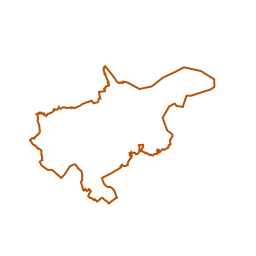 Rindal nor, Møre og Romsdal, Norway (Mercator projection), rotated 252°
{"feature_id": "86288312B78124054872734", "entity_name": "Rindal nor", "entity_type": "district", "adm_level": 2, "iso_a3": "NOR", "parent_name": "Norway", "parent_adm1": "Møre og Romsdal", "projection": "mercator", "projection_center": [9.312, 63.003], "detail": "fine", "context": "isolated", "style": "outline", "palette": "amber", "viewbox_px": 256, "rotation_deg": 252, "n_neighbors": 0, "source": "geoboundaries", "source_scale": "gbopen_adm2", "svg_char_len": 5519}
<svg xmlns="http://www.w3.org/2000/svg" viewBox="0 0 256 256"><g transform="rotate(252 128 128)"><path d="M146.9,31.0L142.5,32.3L142.2,32.3L140.6,33.4L140.4,34.1L140.2,34.2L139.3,34.5L138.9,34.8L138.5,34.9L137.7,35.4L137.1,35.5L136.7,35.8L136.3,35.8L136.1,36.4L136.1,36.5L135.9,36.8L134.5,37.7L134.4,37.8L134.4,38.1L133.1,38.7L131.4,38.0L128.6,37.3L128.1,37.4L123.8,36.5L123.9,35.0L123.0,33.6L119.0,34.3L113.1,38.6L111.6,42.9L101.1,49.1L103.1,52.9L109.5,60.9L110.0,64.1L109.9,66.4L105.0,68.3L104.9,68.1L102.3,69.8L101.5,70.0L101.0,70.4L97.3,69.9L92.2,68.0L91.6,66.6L90.7,66.5L85.9,66.5L84.6,66.4L83.4,66.1L82.1,66.7L83.2,68.7L81.7,69.2L81.1,69.2L81.2,69.5L80.9,70.0L81.0,70.2L80.9,70.5L81.0,71.0L81.8,71.6L82.0,71.9L79.3,73.2L78.7,72.3L78.2,71.9L77.6,70.8L76.4,70.0L75.7,69.1L73.9,69.7L73.3,70.3L73.1,71.2L72.7,71.6L69.8,73.4L70.2,74.3L70.4,74.6L67.5,75.9L69.8,81.5L69.4,82.1L68.2,82.8L67.4,83.1L64.9,85.2L62.2,86.4L64.8,93.9L65.1,96.0L66.7,95.7L70.7,95.8L71.7,95.6L73.6,95.4L75.7,94.3L77.4,92.9L77.8,91.5L77.9,90.8L79.0,89.7L80.5,88.8L81.9,88.1L85.0,87.7L88.1,87.8L88.5,87.7L90.1,98.0L90.9,101.5L91.3,103.0L91.8,105.8L92.7,108.8L92.8,109.3L94.0,109.2L94.1,109.7L94.2,109.8L94.5,110.3L94.9,111.1L93.9,111.4L93.6,111.6L93.0,112.7L92.7,113.5L92.6,114.2L92.6,114.6L92.9,115.5L92.8,116.2L93.5,116.5L94.1,116.5L94.3,116.7L94.3,116.8L94.5,116.9L96.6,118.5L97.6,120.0L98.5,121.5L98.5,121.9L98.7,122.0L102.0,121.3L103.7,121.8L103.5,122.6L103.4,122.7L102.0,122.2L99.9,122.6L100.3,123.1L101.8,122.8L102.1,122.9L102.4,123.1L103.0,123.0L103.3,123.1L103.3,123.4L103.3,123.5L103.8,123.7L103.3,123.9L103.1,124.1L103.1,124.8L102.8,125.0L102.9,125.4L102.6,125.8L102.6,126.0L102.6,126.3L102.3,126.4L102.3,126.6L102.1,127.0L101.1,127.2L100.6,127.6L100.3,128.5L100.5,129.3L100.8,129.9L101.8,131.0L102.0,131.3L102.0,131.7L103.2,131.8L106.0,133.0L108.3,133.0L107.4,137.1L106.0,136.9L105.5,136.7L105.4,136.3L104.8,135.8L104.7,135.5L104.5,135.2L104.2,135.0L103.7,134.9L103.1,134.3L102.8,133.6L102.5,133.1L102.2,133.0L102.1,133.3L101.6,133.8L101.2,134.4L100.9,134.9L100.5,135.1L100.1,135.8L99.6,136.4L98.4,136.7L98.3,137.0L98.3,137.4L98.3,137.9L98.2,138.2L98.2,138.3L98.1,138.5L97.4,138.9L97.0,139.3L96.5,139.6L95.7,139.8L95.6,140.2L95.4,140.6L95.6,141.3L95.2,141.5L95.2,141.8L95.1,142.1L94.6,142.4L94.1,143.1L94.1,143.3L94.8,144.2L94.9,144.4L94.9,144.8L95.2,145.2L95.1,145.6L94.8,146.0L94.4,146.7L94.4,147.4L94.6,147.9L97.7,148.9L98.4,149.4L97.7,150.5L96.4,149.7L94.9,149.2L95.0,149.5L95.4,149.9L95.6,150.3L95.6,150.6L95.3,150.9L95.3,151.1L95.6,151.6L96.1,152.0L96.3,152.6L96.9,153.8L97.2,154.5L96.6,154.8L96.4,155.1L96.3,155.3L96.4,155.7L96.1,156.1L96.2,156.9L96.4,157.3L96.4,157.7L96.7,158.4L96.6,158.9L96.7,159.3L96.6,159.7L96.6,159.9L97.2,160.4L97.6,160.5L98.9,161.2L99.1,161.7L98.9,162.0L99.1,162.1L99.2,162.7L99.4,163.1L99.5,163.3L99.4,163.4L99.5,163.5L100.2,163.6L102.0,163.5L102.3,163.7L103.1,164.6L103.5,164.6L103.9,164.5L105.0,166.1L106.2,167.6L107.6,168.2L108.2,168.2L113.7,164.5L127.0,164.1L135.7,173.7L136.7,178.9L136.6,180.1L134.1,180.9L131.1,186.6L140.6,193.6L139.2,198.3L139.2,213.4L139.0,218.0L140.5,222.9L147.7,225.0L159.7,214.9L168.4,200.0L166.9,191.1L165.6,180.6L165.4,178.6L165.1,176.8L160.2,163.5L161.5,151.0L171.8,141.2L172.2,139.8L172.9,139.0L173.4,138.1L173.7,137.8L173.3,137.2L172.5,136.9L172.7,136.2L173.8,134.8L173.2,133.9L174.3,132.5L176.0,131.5L177.9,131.1L181.3,130.1L193.8,125.4L193.3,124.8L193.1,124.0L192.7,123.4L192.5,123.5L192.4,123.7L192.1,123.7L191.3,123.0L191.1,123.1L190.4,122.6L189.7,122.8L188.0,122.6L187.6,122.4L186.9,122.6L186.2,122.4L186.3,122.8L186.4,123.1L182.7,123.0L178.2,123.6L178.3,123.3L178.0,122.8L177.0,122.9L176.0,123.4L175.6,123.4L175.5,122.9L174.3,123.0L174.2,122.6L174.3,121.5L174.2,119.7L173.8,119.2L173.2,119.1L172.8,117.4L172.6,117.4L172.7,118.2L170.2,117.3L171.3,111.5L171.0,111.3L170.4,111.3L169.6,111.5L168.8,111.1L165.1,110.8L165.2,110.7L165.2,110.4L165.0,109.2L162.9,108.2L161.8,107.1L162.2,104.4L162.1,102.9L165.3,101.8L165.2,101.0L165.2,99.7L164.9,98.4L165.2,96.1L165.1,94.9L164.8,94.0L165.0,92.8L165.0,92.3L164.8,91.7L164.7,91.3L164.1,89.8L163.9,89.0L163.9,87.7L163.5,84.7L163.4,83.7L163.7,83.7L164.1,82.3L164.3,80.5L165.1,80.7L165.4,78.3L166.0,75.7L167.8,73.3L167.4,71.6L167.2,69.8L167.7,69.6L168.6,68.7L169.2,68.7L168.0,67.6L167.6,67.2L167.3,66.6L168.0,64.7L168.7,63.7L168.7,63.2L168.4,63.1L168.3,62.9L167.4,63.1L167.1,62.3L166.4,60.8L166.3,59.4L166.1,57.4L166.2,56.9L166.1,55.9L166.0,55.5L165.5,55.1L165.5,54.8L165.3,54.6L165.4,54.4L165.2,54.2L165.4,54.2L165.2,54.1L165.4,53.9L165.2,53.8L165.3,53.6L165.7,53.6L165.8,53.4L165.8,53.2L166.0,53.2L166.6,52.9L166.6,52.6L166.9,52.7L167.1,52.5L167.0,52.4L167.3,52.4L167.2,52.3L167.4,52.2L167.8,51.8L167.9,51.5L168.0,51.3L167.9,51.3L167.9,51.2L168.1,51.2L168.3,50.9L168.2,50.9L169.0,50.7L169.0,50.4L169.3,50.2L169.4,49.8L169.7,49.6L169.8,49.3L169.5,49.3L169.6,49.1L169.4,49.1L169.5,49.0L169.4,48.8L169.5,48.7L169.2,48.5L169.4,48.3L169.3,48.2L169.7,47.9L169.5,47.7L169.4,47.6L169.5,47.5L169.5,47.4L169.4,47.0L169.6,46.8L169.4,46.6L169.4,46.4L169.4,46.2L169.4,46.4L169.6,46.3L169.5,45.9L169.4,46.1L167.2,45.7L165.9,45.6L164.4,45.3L163.3,44.3L157.7,44.4L155.8,43.9L151.7,43.1L150.6,42.1L149.6,40.3L149.6,40.2L149.3,40.0L149.3,39.8L149.2,39.7L149.3,39.4L149.3,39.1L148.6,38.1L148.1,36.6L147.7,36.4L147.8,36.2L147.7,36.0L147.7,35.9L147.7,35.6L147.2,35.4L147.6,35.0L147.6,34.7L147.6,34.0L147.8,33.7L147.7,33.5L147.8,33.2L147.5,33.0L147.1,32.3L147.2,32.2L147.1,31.4L146.9,31.0Z" fill="none" stroke="#b45309" stroke-width="2"/></g></svg>